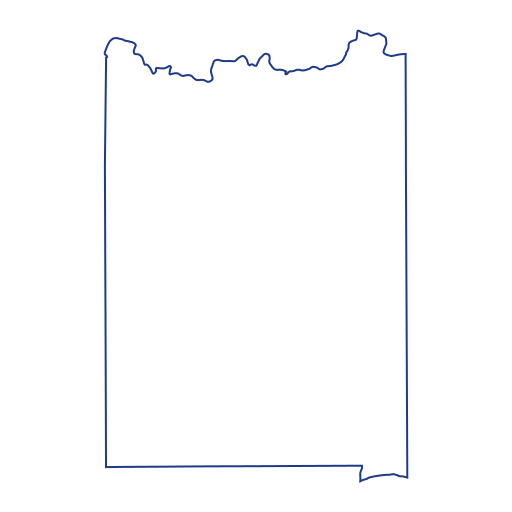 Anlong Veaeng, Siemréab, Cambodia
{"feature_id": "14789045B31734581894199", "entity_name": "Anlong Veaeng", "entity_type": "district", "adm_level": 2, "iso_a3": "KHM", "parent_name": "Cambodia", "parent_adm1": "Siemréab", "projection": "natural_earth1", "projection_center": [103.997, 14.166], "detail": "fine", "context": "isolated", "style": "outline", "palette": "blue", "viewbox_px": 512, "rotation_deg": 0, "n_neighbors": 0, "source": "geoboundaries", "source_scale": "gbopen_adm2", "svg_char_len": 4117}
<svg xmlns="http://www.w3.org/2000/svg" viewBox="0 0 512 512"><path d="M407.3,477.6L407.1,429.5L405.9,164.9L405.9,162.5L405.9,149.8L405.6,53.9L404.5,54.0L402.8,54.1L400.6,54.3L398.7,54.6L396.4,55.0L395.2,55.4L393.2,55.7L391.4,56.1L390.2,55.8L388.5,55.3L386.4,54.7L384.7,53.8L383.8,52.9L383.5,51.4L384.2,49.3L385.0,47.4L385.9,45.0L386.4,44.0L386.3,42.5L386.1,40.0L385.8,37.9L384.8,36.8L383.8,36.0L381.9,35.1L380.3,33.9L379.1,33.5L377.3,33.6L376.2,34.1L373.9,34.8L372.6,35.3L371.4,35.7L370.2,35.6L369.6,35.4L368.6,34.8L367.3,33.9L366.5,33.6L365.0,33.4L363.8,33.1L363.0,32.8L360.6,31.9L359.9,31.3L358.9,30.7L357.7,30.9L357.4,31.7L357.2,32.8L357.1,35.1L356.9,36.7L356.7,38.1L356.1,39.6L354.9,40.2L353.2,40.6L352.4,40.9L350.4,41.9L349.3,42.7L348.6,44.6L348.6,46.0L348.5,47.9L348.0,49.3L347.5,50.6L347.1,51.3L346.1,52.8L345.9,54.5L345.6,55.1L345.0,56.0L344.5,57.1L343.0,60.0L341.8,61.3L341.1,62.0L339.4,63.0L338.4,63.6L336.8,64.4L334.7,65.0L333.3,65.3L331.4,65.9L329.7,66.0L328.2,66.2L327.1,66.3L325.9,66.7L325.5,67.1L324.7,67.8L323.7,68.5L323.1,68.8L321.6,69.2L320.7,69.3L319.6,69.3L318.1,68.4L317.2,67.7L315.7,67.2L314.2,66.9L312.9,66.8L311.8,67.2L310.8,67.8L309.8,68.6L309.0,69.0L308.3,69.1L307.7,69.3L307.2,69.6L306.2,69.9L305.1,70.2L303.7,70.4L301.8,70.4L300.9,70.3L299.6,69.8L298.1,69.8L296.4,69.9L295.4,70.3L294.3,70.8L292.7,71.2L291.9,71.3L290.7,71.3L289.8,71.3L288.7,72.1L287.9,73.0L287.2,73.8L286.4,74.2L285.6,74.2L285.4,73.7L285.4,72.9L286.1,71.6L285.3,71.1L284.1,70.6L282.9,70.1L281.6,69.8L279.9,69.7L278.1,69.8L276.7,69.9L275.6,69.5L274.5,69.2L273.7,68.6L273.3,68.1L272.1,66.8L271.4,65.6L270.5,64.5L269.8,63.5L269.4,62.3L269.2,60.7L269.5,59.7L269.7,59.0L269.7,58.0L269.5,56.7L269.3,55.5L268.7,54.8L267.8,54.3L266.4,53.8L265.4,53.8L264.4,54.2L263.5,54.8L262.6,55.9L261.5,56.8L260.5,57.9L259.4,59.1L258.8,60.5L258.3,61.6L257.6,62.9L256.6,65.3L256.1,65.8L255.6,65.8L255.0,65.7L254.3,65.5L253.8,65.2L252.9,64.5L252.2,64.3L251.7,64.3L250.6,64.7L249.6,65.3L248.5,64.5L248.1,63.8L247.6,62.2L247.4,61.7L247.3,60.6L246.6,59.4L246.1,58.7L245.3,57.5L244.5,56.6L243.5,56.1L242.4,56.1L241.5,56.2L239.0,57.7L236.9,59.5L235.2,61.0L234.2,61.3L233.4,61.2L231.4,61.1L228.8,61.0L226.7,61.1L225.1,61.1L223.1,61.0L221.6,60.8L219.6,60.2L218.3,59.8L216.6,59.9L214.8,60.5L213.8,61.6L213.1,63.4L212.3,66.1L211.5,67.8L211.0,70.2L211.1,72.1L211.6,74.5L212.3,76.5L212.6,78.3L212.4,79.5L211.4,80.4L210.1,81.4L207.8,81.9L206.0,81.1L204.1,80.1L202.3,79.9L200.7,79.9L198.9,80.1L196.6,80.0L194.9,79.0L193.7,78.1L192.8,77.1L191.7,76.0L190.1,75.3L188.3,75.1L186.5,75.2L185.6,75.4L183.5,75.9L182.0,75.8L180.6,75.2L179.1,74.1L178.2,73.5L177.0,73.3L175.6,73.2L173.6,73.5L171.9,73.9L170.4,74.4L169.5,73.7L169.6,72.9L169.7,72.0L170.0,70.5L170.3,69.2L170.7,68.1L171.0,67.3L170.1,66.0L169.3,66.1L168.6,66.3L167.9,66.8L166.7,67.4L165.9,67.8L164.7,68.2L163.4,68.5L161.7,68.3L160.5,68.3L159.3,68.2L158.7,68.1L157.8,68.1L156.5,67.9L155.9,68.7L155.9,69.6L156.0,71.0L155.4,72.1L154.9,72.7L153.9,73.6L153.1,73.6L152.6,73.0L152.0,71.9L151.4,70.4L150.7,69.0L149.9,67.7L149.2,66.8L147.7,65.1L146.5,64.6L144.8,64.7L144.0,63.3L143.5,61.2L142.8,59.2L142.3,57.7L141.2,56.3L140.4,55.5L138.7,54.5L138.0,54.2L137.0,54.2L135.6,54.1L134.4,53.7L134.0,52.9L133.7,51.5L134.2,49.5L134.9,47.5L135.5,46.4L135.7,45.1L135.6,44.6L134.5,43.4L133.6,42.9L132.5,42.4L131.2,41.9L129.9,41.7L128.1,41.1L126.8,41.0L125.9,40.9L124.6,40.4L123.5,39.9L122.2,39.3L120.4,38.9L119.1,38.7L117.4,38.1L116.1,38.1L114.4,38.2L113.0,38.6L112.0,39.3L110.2,40.8L109.1,42.4L108.5,43.4L107.7,45.0L106.6,47.6L105.9,49.6L105.2,51.2L104.8,52.6L104.7,53.6L105.1,54.5L106.0,55.1L106.5,55.6L106.8,56.1L107.1,57.0L106.1,57.6L104.9,165.0L105.4,294.9L105.5,313.8L105.9,429.6L106.0,467.1L122.8,466.9L159.1,466.7L197.4,466.4L218.8,466.3L255.9,466.2L294.2,466.0L361.9,465.7L362.0,466.5L362.0,467.5L361.8,468.9L361.3,469.9L360.8,471.2L360.4,472.5L360.2,473.7L360.3,475.2L360.3,477.3L360.4,478.8L360.3,480.4L360.3,481.3L362.1,480.3L366.9,478.8L368.9,477.6L374.1,476.4L380.5,475.4L385.3,474.9L389.7,474.7L393.6,474.1L397.2,475.2L399.2,476.2L403.0,476.4L407.3,477.6Z" fill="none" stroke="#1e3a8a" stroke-width="2"/></svg>